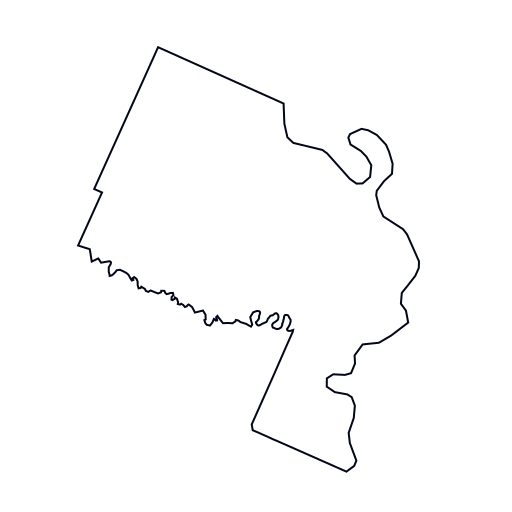 the district of Lyman, South Dakota, United States of America, rotated 24°
{"feature_id": "52423323B78517119987151", "entity_name": "Lyman", "entity_type": "district", "adm_level": 2, "iso_a3": "USA", "parent_name": "United States of America", "parent_adm1": "South Dakota", "projection": "orthographic", "projection_center": [-99.765, 43.859], "detail": "fine", "context": "isolated", "style": "outline", "palette": "ink", "viewbox_px": 512, "rotation_deg": 24, "n_neighbors": 0, "source": "geoboundaries", "source_scale": "gbopen_adm2", "svg_char_len": 3720}
<svg xmlns="http://www.w3.org/2000/svg" viewBox="0 0 512 512"><g transform="rotate(24 256 256)"><path d="M307.3,95.5L300.7,96.9L292.3,106.4L292.2,110.3L297.0,115.7L309.1,117.4L316.4,120.3L324.4,126.2L328.1,137.4L323.8,146.4L318.3,149.0L310.2,147.3L279.4,133.4L273.6,132.1L244.1,137.5L236.4,134.8L228.1,123.6L219.2,105.5L81.6,105.1L81.6,116.7L80.9,260.6L89.5,260.6L89.2,318.8L101.4,317.4L108.2,327.9L112.9,322.4L117.2,325.1L124.2,320.4L124.5,320.3L126.1,320.7L126.5,322.4L126.1,326.2L128.0,330.5L129.9,332.7L130.4,333.7L132.1,332.4L133.1,330.5L134.2,327.5L134.5,325.7L137.4,323.9L141.0,324.0L144.4,324.2L147.1,325.0L151.6,328.4L152.6,328.9L153.7,327.7L152.9,327.0L152.3,326.5L153.3,324.8L156.1,325.5L158.2,327.4L159.8,330.8L161.9,333.3L163.6,332.1L163.7,330.7L168.0,331.3L169.5,332.7L172.2,332.6L173.7,330.4L179.4,330.2L181.7,330.1L184.0,327.8L183.6,326.3L186.5,325.1L188.1,326.6L189.8,327.2L191.3,326.1L192.9,324.6L195.1,323.5L196.5,325.4L195.6,327.9L196.6,330.3L197.6,330.3L199.1,328.3L198.8,326.9L201.2,327.2L203.6,329.9L204.1,331.7L206.5,331.2L207.0,330.1L209.4,330.3L211.8,331.5L213.2,330.2L213.4,329.1L214.0,327.8L214.8,327.8L218.3,328.6L220.8,330.5L223.2,332.5L225.9,330.4L227.2,329.4L229.7,327.4L233.8,330.2L235.8,334.4L234.9,335.6L237.1,338.0L239.1,338.9L242.3,338.2L243.2,334.3L243.1,330.6L244.2,330.7L245.4,331.4L246.6,330.7L246.1,329.8L244.5,328.2L245.1,326.4L247.4,327.8L253.2,330.8L257.4,328.7L261.9,327.0L263.8,324.0L263.6,322.6L266.2,322.1L268.8,322.7L274.7,322.0L279.0,322.5L279.6,322.3L280.1,322.5L280.5,320.3L277.3,316.4L275.6,314.2L276.3,308.6L279.1,305.9L280.2,305.4L281.5,305.2L282.3,305.5L282.8,306.1L283.0,306.8L283.2,308.8L283.2,309.2L283.3,310.0L283.6,310.7L284.0,311.2L284.0,311.8L284.1,312.9L283.8,313.9L283.6,314.7L283.3,315.7L282.8,316.4L283.2,317.1L283.7,317.5L284.3,317.9L284.8,318.2L285.5,318.5L286.5,318.5L287.2,318.1L287.6,317.6L288.3,316.9L288.8,315.9L290.1,314.5L291.5,312.9L292.2,312.3L292.4,311.8L292.5,310.8L292.5,309.9L292.4,308.8L292.5,308.0L292.8,307.4L293.0,306.8L293.1,306.1L293.4,305.0L293.9,304.4L294.4,303.9L295.0,303.7L295.4,303.3L295.9,302.4L296.3,301.5L296.8,300.7L297.7,300.0L298.4,300.0L299.2,300.4L300.1,300.8L300.7,301.5L301.1,302.2L301.5,302.9L301.6,303.7L301.8,304.4L301.9,305.2L301.7,305.8L301.4,306.4L301.0,307.2L300.7,307.8L300.5,308.2L300.1,308.7L299.8,309.2L299.2,310.0L298.9,310.8L298.7,312.0L299.2,313.2L299.7,313.7L300.1,314.2L300.6,314.5L301.7,314.4L304.1,314.4L305.1,314.1L305.7,313.7L306.3,313.4L306.7,312.8L307.2,312.2L307.7,311.5L308.0,310.7L308.0,309.5L308.0,308.1L307.5,307.3L307.5,305.4L307.4,304.5L307.2,303.9L307.0,303.0L307.0,302.0L306.7,301.2L306.5,300.6L306.3,299.6L306.3,298.6L306.7,298.0L307.4,297.7L308.1,297.3L309.1,297.2L309.8,297.4L311.3,298.7L312.3,299.4L313.4,300.0L314.2,301.5L314.5,303.1L314.6,303.8L314.7,304.7L314.7,306.0L314.5,306.7L314.5,307.9L314.4,308.3L314.2,309.2L314.0,310.1L314.5,310.7L314.9,311.1L315.9,311.2L316.7,310.9L317.6,310.6L318.2,310.2L318.9,309.5L319.6,308.8L319.8,308.7L320.0,308.5L320.4,310.2L320.4,327.5L320.5,342.6L320.6,355.5L320.6,368.9L320.6,380.8L320.6,384.8L320.6,396.9L320.6,404.1L320.6,411.6L323.9,416.5L329.5,416.4L337.9,416.4L346.4,416.5L349.5,416.4L426.3,416.2L431.1,407.8L430.9,402.1L417.8,388.7L412.6,379.9L411.2,364.2L407.2,352.5L400.8,346.0L395.7,345.3L383.4,348.3L373.8,346.6L370.5,339.0L374.6,332.7L385.7,328.4L390.5,324.4L390.2,314.0L386.5,306.7L389.4,293.4L403.5,285.3L411.9,273.6L422.1,254.9L415.2,244.9L407.8,240.7L404.2,230.4L406.5,221.8L409.6,209.3L409.6,200.8L407.1,194.6L385.2,174.8L379.4,171.7L356.3,168.1L348.9,161.6L341.1,151.6L339.8,147.3L342.5,135.6L346.8,125.6L343.3,116.2L335.2,106.7L329.6,101.5L317.3,96.3L307.3,95.5Z" fill="none" stroke="#020617" stroke-width="2"/></g></svg>